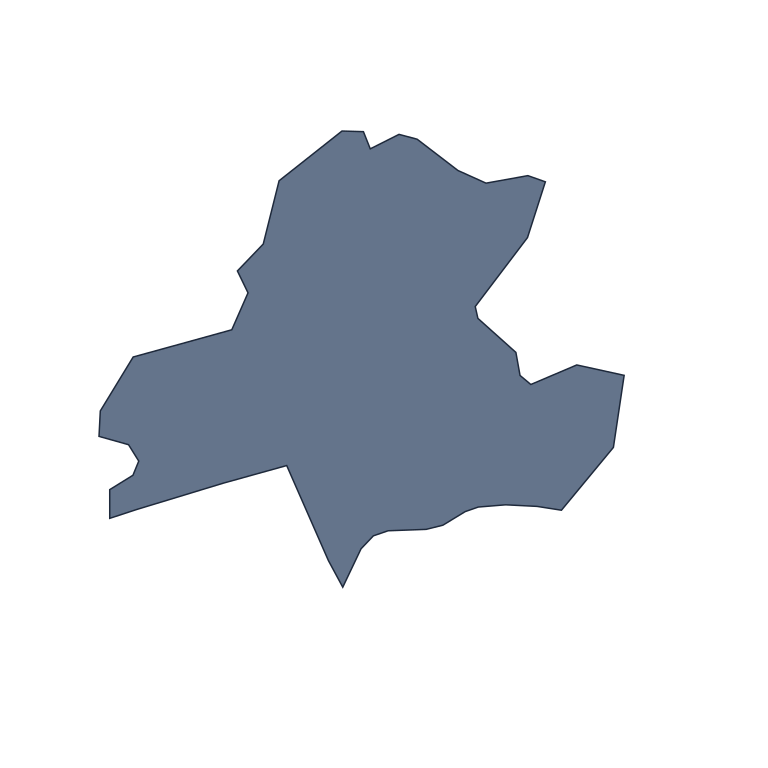 an SVG outline of Neath Port Talbot, rotated 301°
{"feature_id": "GBR-2118", "entity_name": "Neath Port Talbot", "entity_type": "Unitary Authority (wales)", "adm_level": 1, "iso_a3": "GBR", "parent_name": "United Kingdom", "parent_adm1": "", "projection": "equal_earth", "projection_center": [-3.738, 51.663], "detail": "fine", "context": "isolated", "style": "filled", "palette": "slate", "viewbox_px": 768, "rotation_deg": 301, "n_neighbors": 0, "source": "natural_earth", "source_scale": "10m", "svg_char_len": 759}
<svg xmlns="http://www.w3.org/2000/svg" viewBox="0 0 768 768"><g transform="rotate(301 384 384)"><path d="M367.2,601.1L357.9,578.2L343.1,550.5L327.1,528.2L316.4,519.3L293.3,507.2L281.1,495.0L260.3,463.1L248.4,453.1L230.9,449.2L188.6,453.3L204.0,427.3L264.0,342.6L216.1,297.2L149.1,236.7L127.6,218.1L152.2,203.3L176.5,215.8L191.6,213.5L200.4,196.3L192.3,166.7L214.8,154.7L278.0,155.1L303.7,179.6L352.1,225.6L392.1,220.5L405.4,200.1L441.8,208.4L504.2,189.4L579.2,217.7L589.7,236.4L578.5,251.1L605.7,268.3L610.9,286.3L605.1,337.4L608.7,368.0L636.7,400.0L640.4,418.2L635.7,419.3L583.4,431.6L497.4,422.3L488.6,430.7L479.0,480.8L461.4,496.2L459.2,510.1L499.6,539.4L515.1,585.4L447.8,613.3L367.2,601.1Z" fill="#64748b" stroke="#1e293b" stroke-width="1.5"/></g></svg>